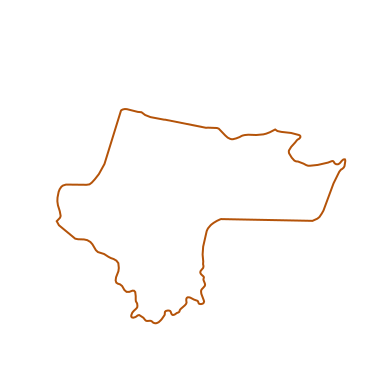 Saïda, Equal Earth projection, rotated 225°
{"feature_id": "DZA-2204", "entity_name": "Saïda", "entity_type": "Province", "adm_level": 1, "iso_a3": "DZA", "parent_name": "Algeria", "parent_adm1": "", "projection": "equal_earth", "projection_center": [-0.019, 34.538], "detail": "fine", "context": "isolated", "style": "outline", "palette": "amber", "viewbox_px": 384, "rotation_deg": 225, "n_neighbors": 0, "source": "natural_earth", "source_scale": "10m", "svg_char_len": 3197}
<svg xmlns="http://www.w3.org/2000/svg" viewBox="0 0 384 384"><g transform="rotate(225 192 192)"><path d="M284.1,212.7L279.6,213.3L274.3,215.6L262.9,223.4L262.2,224.1L227.5,247.3L226.2,248.8L219.6,254.9L217.9,255.7L208.4,255.5L205.2,255.7L202.5,256.6L201.1,257.5L200.3,258.4L199.9,259.1L198.7,261.1L197.2,264.5L196.6,266.6L196.2,267.6L195.1,269.4L192.7,272.3L186.9,277.7L182.3,283.2L180.8,285.7L179.2,289.3L177.4,295.0L174.7,295.5L171.3,297.7L163.7,303.8L156.7,307.9L155.8,308.2L154.9,308.1L154.2,307.5L153.9,306.3L153.9,305.7L153.9,305.3L154.1,304.9L154.4,303.5L154.4,302.5L154.1,300.2L153.8,294.1L152.8,289.9L152.0,288.9L150.7,288.0L145.8,286.8L141.9,286.6L140.9,286.9L140.0,287.3L138.6,288.5L133.2,290.9L130.2,291.8L128.6,292.6L127.9,293.2L127.3,293.8L122.2,300.1L116.6,309.0L115.2,312.2L114.7,313.1L114.0,313.6L113.0,313.6L111.7,313.2L110.6,313.3L109.7,313.6L108.5,314.7L108.2,315.2L108.0,316.0L107.9,316.9L107.9,317.7L108.1,319.5L108.1,320.6L108.0,321.8L107.6,322.6L107.0,323.2L106.2,322.9L105.3,322.0L102.5,318.2L102.0,316.6L102.1,314.5L102.5,313.2L102.2,310.5L98.0,298.1L85.9,271.8L85.0,268.5L84.2,264.4L84.5,261.8L86.4,256.8L152.3,193.4L152.8,192.4L154.0,189.1L154.9,185.4L155.3,182.5L155.3,181.3L155.0,177.8L154.7,176.7L154.0,174.8L145.5,161.3L140.3,155.3L134.9,150.8L133.6,149.3L132.9,148.6L132.0,148.1L131.1,147.3L130.4,146.1L130.2,143.6L130.0,142.1L129.4,141.1L128.6,140.6L127.7,140.3L125.5,140.3L124.5,140.4L123.7,140.3L123.1,139.9L122.7,139.2L122.3,138.5L121.9,138.1L121.2,137.7L118.2,136.4L117.2,135.7L116.6,134.8L116.4,133.1L116.3,130.3L116.1,129.3L115.6,128.4L114.1,127.1L113.2,126.5L107.0,123.7L106.0,123.1L105.4,121.9L105.4,120.9L105.8,120.0L106.4,119.1L107.1,118.5L107.9,118.0L108.8,118.1L110.4,118.9L111.2,118.9L114.6,117.3L118.5,116.1L119.5,115.5L120.5,114.6L120.8,113.6L120.6,112.7L120.0,111.9L119.3,111.2L117.7,110.0L117.1,108.8L116.9,106.9L117.3,101.3L117.1,99.9L116.6,99.0L116.3,98.2L116.5,97.1L117.2,95.6L117.5,93.5L118.0,92.2L118.7,91.4L119.6,91.2L120.6,91.4L122.5,92.3L123.4,92.4L124.4,91.9L125.3,91.1L126.3,89.5L126.4,88.3L125.9,87.5L124.5,85.9L124.2,84.6L123.5,80.8L123.4,79.1L123.5,76.4L124.0,74.9L124.6,73.8L125.3,73.1L126.1,72.6L127.0,72.2L129.2,72.1L130.1,71.7L130.9,71.0L132.1,69.5L132.9,68.8L133.7,68.4L134.9,68.4L137.5,68.7L142.2,67.7L142.8,67.0L143.2,66.0L143.3,64.7L143.7,63.3L144.7,61.5L146.0,60.8L146.9,61.0L147.6,61.7L148.1,62.6L148.9,64.5L149.0,65.6L149.1,66.8L149.0,69.4L149.0,70.6L149.3,71.9L150.2,73.0L152.0,74.4L154.3,75.0L155.5,75.9L158.2,78.6L161.4,81.1L163.1,81.2L164.3,80.2L165.7,77.1L167.7,75.1L170.5,74.9L174.9,76.1L177.6,75.8L179.7,74.7L181.5,74.4L183.5,75.5L185.4,78.0L188.0,83.9L190.0,86.5L193.8,89.6L196.9,90.0L200.0,89.2L202.7,87.9L205.2,87.1L210.3,86.0L216.1,83.0L218.8,82.9L225.4,84.6L228.5,84.8L232.0,83.9L234.8,82.1L239.2,78.0L241.6,76.4L262.6,74.4L267.0,75.7L267.1,80.2L267.3,80.8L267.6,81.6L268.1,82.3L271.9,84.9L277.4,87.8L280.6,90.2L283.1,92.9L286.4,97.8L287.5,100.3L288.1,103.4L287.8,105.4L286.3,108.2L271.7,122.5L269.9,124.9L269.5,127.7L269.7,132.2L270.5,138.8L273.7,149.9L299.7,199.2L299.8,199.7L299.7,200.2L299.3,201.4L298.3,203.0L296.7,204.5L287.0,210.3L284.1,212.7Z" fill="none" stroke="#b45309" stroke-width="2"/></g></svg>